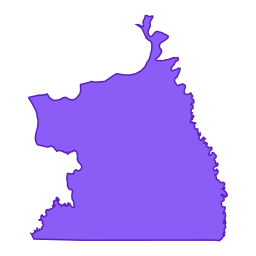 outline of Velingara, Kolda, Senegal
{"feature_id": "50182788B9780593325351", "entity_name": "Velingara", "entity_type": "district", "adm_level": 2, "iso_a3": "SEN", "parent_name": "Senegal", "parent_adm1": "Kolda", "projection": "natural_earth1", "projection_center": [-13.808, 13.111], "detail": "fine", "context": "isolated", "style": "filled", "palette": "violet", "viewbox_px": 256, "rotation_deg": 0, "n_neighbors": 0, "source": "geoboundaries", "source_scale": "gbopen_adm2", "svg_char_len": 5797}
<svg xmlns="http://www.w3.org/2000/svg" viewBox="0 0 256 256"><path d="M33.9,239.0L81.9,240.2L214.2,240.1L219.7,240.6L220.7,239.0L220.9,239.2L221.9,238.7L222.9,236.8L224.6,235.5L224.3,234.7L223.4,235.1L223.2,234.8L223.8,232.8L224.4,233.1L224.5,232.6L224.8,232.5L224.0,229.3L225.6,227.8L225.5,226.3L225.0,225.1L225.8,223.0L225.0,221.9L224.4,222.4L224.1,223.2L223.6,223.2L223.4,222.5L223.8,222.1L224.0,220.9L225.1,221.5L225.5,221.3L224.8,218.4L225.6,216.4L225.6,215.7L224.9,212.2L224.1,212.4L223.2,213.6L223.1,213.3L223.8,212.3L224.1,210.6L225.1,209.1L225.2,207.8L225.0,207.0L222.5,206.9L221.9,206.0L221.2,202.9L221.3,202.0L223.8,200.5L224.1,199.8L223.7,196.6L223.3,196.0L221.4,195.6L221.3,195.1L221.5,194.6L222.3,194.7L223.8,195.3L225.4,196.6L225.5,197.1L227.0,195.9L227.3,195.2L226.3,192.7L224.3,190.3L222.7,189.3L222.2,188.7L224.2,188.8L224.8,187.9L223.7,187.0L224.6,184.3L224.5,183.1L222.9,182.2L222.7,182.5L221.2,182.8L218.9,180.9L218.5,180.1L216.5,179.5L216.4,177.4L215.2,175.4L215.0,174.7L216.4,174.9L218.0,172.2L218.0,170.8L216.7,169.2L216.2,169.4L216.2,170.7L214.2,170.6L213.2,168.8L214.8,166.6L216.9,166.1L217.5,165.7L217.9,164.6L217.9,163.8L217.3,163.3L216.4,164.2L215.6,164.0L215.6,161.8L214.1,159.5L216.2,157.0L216.0,155.4L215.4,155.1L213.7,152.8L212.8,152.5L212.0,153.0L212.0,153.7L211.5,154.3L209.6,155.3L209.1,155.1L208.9,153.3L209.5,152.7L210.1,150.2L211.6,149.9L211.9,149.0L211.8,147.4L210.7,147.3L210.0,147.8L209.3,147.5L208.7,147.9L208.4,147.3L206.3,145.7L206.4,144.0L207.1,144.2L207.1,143.3L205.8,142.4L205.1,143.2L204.0,143.2L203.8,140.9L205.2,138.6L204.5,138.4L203.8,137.3L203.2,137.4L203.0,138.4L202.1,138.5L202.0,139.5L201.4,140.4L199.5,139.4L199.1,138.6L199.0,136.5L199.3,135.7L200.1,135.5L200.5,134.5L200.1,134.1L200.1,133.0L199.4,133.3L198.7,134.9L198.1,134.8L197.7,133.1L198.2,131.9L197.4,130.4L197.8,129.4L197.7,129.0L197.2,128.9L196.6,129.5L194.4,127.7L194.6,123.4L195.5,123.3L195.6,122.9L193.9,122.7L193.4,123.4L192.7,123.1L192.3,122.0L192.0,122.0L191.5,122.6L190.5,122.5L190.8,120.1L192.4,119.3L192.7,118.8L192.6,118.6L191.5,118.8L191.3,118.4L191.8,116.2L192.3,116.1L193.1,117.4L193.8,116.4L193.1,115.5L192.2,115.5L191.6,114.0L192.2,112.9L191.2,113.0L190.7,111.9L191.3,110.5L191.0,109.6L191.8,108.6L192.7,108.7L193.1,107.3L192.7,107.0L193.0,105.2L192.1,104.9L191.0,105.2L190.9,104.6L191.4,103.5L192.4,103.0L193.8,102.9L193.9,102.3L193.6,99.9L193.2,99.4L192.5,99.6L192.1,99.2L191.8,97.8L192.0,96.6L192.4,96.8L192.7,96.5L192.4,95.3L191.2,94.4L191.0,93.1L190.1,93.2L188.1,94.5L185.8,94.2L184.8,93.6L184.2,92.3L184.2,91.4L184.3,90.2L185.4,87.0L185.4,86.2L184.9,85.1L182.8,83.9L177.7,85.5L176.8,85.0L174.6,81.6L174.6,79.3L175.6,77.9L176.3,77.8L177.1,76.9L179.9,70.5L180.1,68.4L178.3,68.1L177.8,68.8L172.5,70.8L171.8,70.3L171.3,69.0L171.3,68.0L173.2,65.4L174.3,64.4L174.9,62.6L176.0,61.4L177.9,60.5L178.4,59.3L177.8,57.6L174.5,57.9L174.5,57.6L173.7,57.6L168.3,59.5L165.8,59.9L162.7,60.9L161.0,60.5L157.5,60.7L155.9,60.0L156.0,59.0L159.1,56.1L161.5,52.2L161.3,49.7L160.1,48.4L159.5,46.9L159.5,44.5L161.9,41.8L162.7,41.8L167.3,38.5L168.0,37.5L168.3,36.4L168.0,35.9L166.0,34.7L163.6,33.7L162.3,32.8L157.1,31.4L156.3,31.5L155.1,32.4L151.8,36.2L151.2,36.5L149.9,36.3L149.1,35.7L148.2,33.2L148.1,31.9L148.8,29.3L150.3,26.0L150.0,22.4L151.2,19.8L152.8,17.3L152.8,16.2L151.6,16.0L150.8,16.5L149.6,16.6L146.2,15.4L145.3,15.6L144.7,18.2L143.1,21.4L143.0,22.8L143.6,25.3L143.0,26.6L138.6,24.7L136.8,24.7L141.9,28.1L141.9,28.5L142.5,29.4L146.4,38.1L146.6,37.9L148.6,40.1L150.5,41.0L151.8,43.5L151.9,46.6L151.7,49.9L149.5,58.6L146.5,63.5L145.4,66.1L141.5,70.5L135.4,73.9L129.1,75.1L124.0,74.9L116.6,73.7L115.3,74.3L104.9,81.4L95.2,82.2L91.5,81.4L89.0,82.5L80.5,84.5L80.6,91.1L79.8,94.0L76.5,98.1L74.9,99.2L73.8,99.6L71.7,99.8L69.0,99.2L65.6,97.3L62.8,97.8L61.0,99.0L58.0,100.1L54.1,100.4L52.5,99.9L49.6,97.7L47.5,94.4L47.0,93.9L45.4,94.7L43.1,94.8L42.1,95.3L39.7,95.0L28.8,97.4L28.7,97.9L32.0,103.1L35.6,109.9L36.7,113.0L37.3,117.4L38.1,120.2L37.8,126.5L35.8,134.0L35.3,138.4L35.7,140.9L36.3,142.8L37.5,144.7L47.2,147.0L49.5,146.7L51.6,145.7L52.3,146.7L54.3,147.6L55.2,149.6L56.5,150.5L56.7,151.2L59.6,150.3L61.7,151.2L63.2,151.2L63.4,151.8L64.5,152.5L66.0,152.7L66.3,152.1L66.7,152.2L67.0,153.7L67.5,153.9L68.3,153.9L69.0,152.3L69.7,152.7L70.5,152.0L72.8,151.5L73.6,150.4L74.5,150.8L75.0,150.6L76.9,152.3L77.1,154.1L77.5,155.0L77.3,159.1L77.9,160.9L78.4,162.0L80.3,163.9L81.8,166.3L81.4,168.7L79.5,170.5L77.5,170.8L76.4,169.9L75.3,169.8L74.2,171.5L73.4,173.9L72.3,173.7L71.3,174.1L67.9,173.3L67.3,174.0L66.8,178.9L67.5,182.1L67.5,185.6L68.6,188.5L70.1,189.5L72.1,190.0L72.3,190.6L72.5,191.4L71.9,194.7L72.0,197.7L72.2,199.2L73.0,200.3L74.1,203.4L73.8,204.0L74.4,207.0L74.0,207.7L72.1,207.1L70.9,205.8L69.7,203.5L68.1,203.1L67.9,203.2L67.8,204.2L68.4,204.6L68.5,205.2L66.9,206.2L66.2,205.2L65.0,205.6L64.3,205.3L63.8,204.4L65.2,204.0L64.9,203.6L62.4,205.4L61.7,205.1L61.3,206.1L59.9,204.1L59.1,203.9L58.7,204.3L58.4,204.0L58.2,203.5L58.3,200.6L59.1,200.2L59.1,199.9L58.2,198.5L57.0,197.4L56.3,197.8L56.3,198.3L57.5,198.7L57.6,199.2L57.1,200.4L56.8,200.5L56.1,199.7L54.5,201.0L53.5,201.2L53.7,204.2L53.3,205.3L52.6,205.8L53.0,206.0L54.2,204.9L54.7,205.0L54.9,205.7L54.5,206.6L53.5,206.9L53.0,207.8L50.6,209.2L49.8,209.1L49.4,209.8L48.6,210.0L47.6,209.6L46.5,209.8L45.8,211.5L45.8,212.8L46.6,214.3L46.6,215.3L44.6,216.5L43.7,216.6L42.9,216.4L42.2,215.1L41.7,215.0L41.0,216.2L41.0,219.2L40.4,219.9L39.2,219.8L39.6,220.4L41.6,220.1L42.0,220.4L42.4,221.5L42.4,223.3L43.4,224.8L43.4,225.6L43.1,226.1L41.6,227.4L41.9,229.0L40.8,229.4L39.6,229.1L39.2,229.4L39.1,230.3L38.2,230.8L37.4,230.4L37.3,228.2L36.9,228.3L37.1,230.9L36.7,231.2L36.4,231.4L34.9,230.5L34.5,230.6L34.9,232.3L32.1,234.1L31.3,233.7L32.8,236.9L34.0,238.6L33.9,239.0Z" fill="#8b5cf6" stroke="#5b21b6" stroke-width="1.5"/></svg>